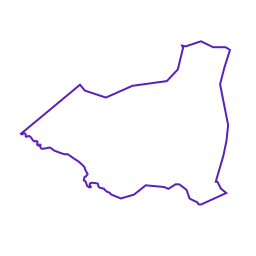 outline of Burke, Georgia, United States of America, rotated 176°
{"feature_id": "52423323B39009804461770", "entity_name": "Burke", "entity_type": "district", "adm_level": 2, "iso_a3": "USA", "parent_name": "United States of America", "parent_adm1": "Georgia", "projection": "robinson", "projection_center": [-81.796, 33.05], "detail": "fine", "context": "isolated", "style": "outline", "palette": "violet", "viewbox_px": 256, "rotation_deg": 176, "n_neighbors": 0, "source": "geoboundaries", "source_scale": "gbopen_adm2", "svg_char_len": 1677}
<svg xmlns="http://www.w3.org/2000/svg" viewBox="0 0 256 256"><g transform="rotate(176 128 128)"><path d="M20.8,198.8L25.1,201.8L37.5,202.7L49.2,209.4L64.8,205.4L68.3,206.4L67.5,204.1L74.2,183.0L86.0,172.1L120.6,169.8L148.0,159.9L168.4,168.3L172.9,174.5L235.2,129.7L234.7,129.1L234.0,129.0L232.6,129.8L232.1,130.0L231.2,129.7L230.8,129.4L230.6,129.0L230.5,128.4L230.6,127.5L230.7,127.1L230.6,126.7L230.2,126.4L229.8,126.3L229.7,126.3L229.1,126.5L228.5,126.9L227.9,126.9L226.8,126.7L225.3,125.2L224.6,123.9L223.8,122.5L222.5,121.2L221.9,121.1L221.3,121.5L220.8,121.5L219.5,120.9L219.3,120.3L219.2,119.8L219.5,119.2L219.8,118.5L219.8,117.8L219.2,116.9L218.8,116.7L218.3,116.7L217.4,117.6L216.8,117.6L216.6,117.5L216.5,117.2L216.6,116.6L216.7,115.9L216.7,114.9L216.3,114.0L215.8,113.6L215.3,113.4L215.1,113.2L214.4,113.2L210.4,113.6L209.0,113.9L207.6,113.9L206.4,113.4L203.1,110.6L196.2,107.4L192.5,106.1L191.7,106.1L190.7,106.3L190.3,106.2L186.9,103.7L184.9,101.9L179.5,97.9L176.3,94.6L174.1,92.0L173.8,90.0L173.1,88.2L171.5,85.0L171.5,84.8L173.4,82.6L174.2,82.5L174.8,82.1L175.8,79.3L175.8,79.2L175.5,78.5L174.5,78.0L174.0,77.4L172.9,73.4L172.5,72.8L171.1,71.6L169.9,71.4L169.4,71.6L169.2,72.0L170.2,73.6L170.1,74.8L169.8,75.3L168.2,75.9L166.6,75.8L162.5,74.8L161.9,74.4L161.7,74.0L161.7,72.2L161.3,71.1L160.7,70.7L158.5,69.8L156.2,69.1L155.2,67.6L153.7,66.1L151.0,64.8L149.5,62.9L140.1,58.2L126.7,61.1L114.3,69.6L96.1,66.6L92.0,64.5L84.2,68.6L80.6,68.1L73.9,62.2L71.6,53.5L68.5,51.5L64.2,49.2L62.9,46.9L60.4,46.6L34.5,56.3L39.5,61.0L42.5,68.0L44.2,68.3L34.7,94.0L30.7,108.2L27.9,123.9L33.1,165.2L27.7,181.4L20.8,198.8Z" fill="none" stroke="#5b21b6" stroke-width="2"/></g></svg>